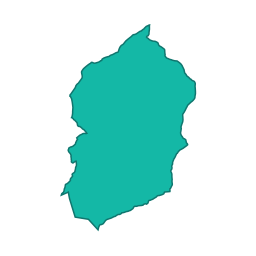 Chengmari, Samchi, Bhutan (orthographic projection), rotated 8°
{"feature_id": "84629894B7629980605125", "entity_name": "Chengmari", "entity_type": "district", "adm_level": 2, "iso_a3": "BTN", "parent_name": "Bhutan", "parent_adm1": "Samchi", "projection": "orthographic", "projection_center": [89.063, 26.994], "detail": "fine", "context": "isolated", "style": "filled", "palette": "teal", "viewbox_px": 256, "rotation_deg": 8, "n_neighbors": 0, "source": "geoboundaries", "source_scale": "gbopen_adm2", "svg_char_len": 5744}
<svg xmlns="http://www.w3.org/2000/svg" viewBox="0 0 256 256"><g transform="rotate(8 128 128)"><path d="M66.0,104.5L66.5,104.6L68.1,107.0L69.2,110.2L70.6,115.3L70.9,119.8L71.1,120.8L71.1,121.7L71.1,123.3L71.0,124.2L70.9,125.1L70.7,125.6L71.4,125.7L72.5,126.5L73.0,127.2L74.2,127.7L75.5,128.8L76.7,129.7L77.0,130.4L77.4,131.5L77.7,132.4L78.4,133.1L79.1,133.3L80.4,133.3L82.0,134.3L83.1,135.2L83.9,135.6L84.5,135.7L85.6,136.7L86.8,137.7L88.0,139.0L87.2,139.4L85.6,139.4L84.2,139.8L83.2,140.6L81.2,141.9L78.6,144.9L79.1,145.6L79.6,146.3L79.2,146.9L78.8,147.9L78.6,148.9L78.3,149.5L78.1,151.3L76.5,153.2L76.0,153.7L74.5,154.6L73.8,154.8L73.4,155.1L72.2,156.1L72.1,157.3L72.0,157.7L71.8,158.2L72.1,158.7L72.3,159.3L72.7,159.9L73.5,160.6L74.3,161.3L74.9,162.1L75.5,163.3L75.5,164.3L76.0,165.8L76.2,167.1L76.5,167.8L76.6,168.5L76.6,169.4L77.4,170.0L78.1,170.3L78.7,170.1L79.5,169.2L80.2,168.7L80.4,168.3L81.3,168.1L81.7,169.9L82.0,170.8L82.1,172.5L82.1,173.0L81.7,173.9L81.6,174.7L81.7,175.6L81.6,176.7L81.5,177.7L81.5,178.3L81.3,178.9L81.1,179.3L80.6,179.9L79.6,180.8L79.1,181.6L79.4,182.4L79.8,183.3L79.4,184.2L78.8,185.1L78.2,186.1L78.0,187.0L78.3,187.7L77.9,188.6L76.3,190.7L75.7,191.3L75.1,191.9L74.3,192.3L73.9,192.9L73.9,193.8L73.9,194.8L73.8,195.9L73.4,197.2L73.4,199.3L73.0,200.6L72.1,201.6L71.5,202.4L71.3,203.8L77.8,199.8L79.9,206.0L88.1,223.6L101.5,223.9L112.5,233.0L112.8,230.1L113.4,228.2L114.1,227.5L115.2,227.3L116.8,226.2L117.9,224.1L118.6,222.8L119.6,221.7L121.5,220.7L122.7,220.1L123.6,219.7L125.1,218.7L125.7,218.3L126.1,217.8L127.2,217.5L128.0,217.0L128.5,216.4L130.1,215.1L131.9,214.7L133.2,213.7L133.7,212.8L134.5,212.7L136.0,212.1L137.8,211.1L139.6,210.5L140.7,209.8L141.5,209.5L142.4,208.8L143.4,207.8L144.1,207.1L144.4,206.3L144.8,205.3L145.5,204.6L147.2,204.4L148.2,204.0L148.8,203.6L152.3,202.8L152.8,202.6L153.6,202.3L154.1,201.5L154.7,201.1L155.6,200.7L156.1,200.6L157.0,200.8L157.4,200.4L158.1,199.7L158.3,198.9L158.5,197.6L158.8,196.9L160.4,196.3L160.7,196.0L161.7,195.5L162.8,194.8L163.5,194.1L164.1,193.6L165.4,192.6L166.1,191.7L166.6,191.0L167.4,190.7L168.4,190.5L169.4,190.0L170.4,189.6L171.8,188.8L172.7,188.0L172.8,187.2L173.1,186.4L174.5,186.0L175.3,185.8L176.7,185.5L178.3,185.1L178.4,184.6L178.1,183.7L178.0,182.3L178.5,181.8L178.7,181.3L178.9,180.7L179.0,180.2L179.4,179.1L179.7,178.3L179.7,177.4L179.5,176.7L179.2,175.7L178.9,174.2L178.9,173.0L178.5,171.3L178.2,169.9L178.1,169.2L177.9,167.8L177.6,166.9L177.1,166.0L176.5,165.2L176.3,164.4L176.4,163.9L176.7,163.5L177.1,162.4L177.1,161.9L177.0,160.8L176.8,160.3L176.6,159.8L176.6,159.2L177.1,157.8L177.2,157.3L177.0,156.9L177.0,155.4L177.4,153.8L177.8,152.1L178.2,151.4L178.8,149.8L179.1,148.7L179.7,146.7L180.4,146.1L180.6,145.5L181.2,144.3L182.1,143.1L182.5,142.5L183.4,141.9L185.3,140.5L188.7,137.2L189.0,136.7L189.4,136.3L189.0,135.4L187.9,134.5L186.8,131.6L185.5,130.9L184.2,130.6L183.8,130.1L182.9,129.0L182.4,128.6L181.3,127.1L180.9,126.1L180.7,125.0L180.8,123.6L180.8,122.4L180.8,121.0L180.3,119.6L180.8,116.7L181.0,115.6L181.3,114.4L181.3,112.3L181.0,110.8L180.7,109.2L180.4,108.0L180.3,106.7L180.5,106.3L181.4,104.5L182.4,101.8L183.0,99.8L183.3,99.2L183.5,98.6L183.7,97.9L183.9,97.3L184.3,96.7L184.7,96.2L186.0,94.6L186.8,93.6L187.8,92.6L188.2,92.1L188.6,91.6L189.7,89.8L189.9,89.2L190.0,88.6L189.9,87.2L190.0,85.2L190.0,84.5L189.9,83.9L189.8,83.2L189.7,82.5L189.3,80.5L189.2,79.9L188.9,78.6L188.7,77.9L188.6,77.2L188.5,75.9L188.5,75.2L188.4,74.6L188.1,73.9L187.7,73.3L187.3,72.8L186.8,72.5L186.1,72.3L185.4,72.1L184.8,71.9L184.2,71.6L183.7,71.0L183.2,71.0L182.2,70.3L181.2,69.5L180.6,69.1L179.4,68.5L178.9,68.1L178.5,67.6L178.1,67.0L177.6,66.5L177.1,66.1L176.6,65.7L176.3,65.1L175.6,63.2L175.4,62.5L175.0,62.0L174.7,61.4L173.9,60.3L172.8,58.6L172.3,58.1L171.9,57.6L171.4,57.2L170.8,56.8L170.3,56.4L167.9,55.1L167.3,54.8L165.9,54.9L164.6,54.9L162.7,54.7L161.5,54.4L159.7,54.2L158.1,53.7L156.4,53.3L155.7,52.6L154.7,51.6L154.5,50.8L154.5,49.8L154.0,48.7L153.9,47.6L153.7,47.1L153.6,46.4L153.5,45.7L153.2,45.1L152.7,44.7L150.3,43.4L149.1,42.8L147.8,42.4L147.3,42.0L146.8,41.5L146.5,40.9L146.2,40.3L145.9,39.7L145.5,39.3L144.2,38.8L142.9,38.4L140.5,38.5L138.1,38.0L136.8,37.5L135.5,36.5L134.5,36.1L133.7,35.4L133.9,34.6L134.4,34.2L135.0,33.9L135.5,32.7L135.7,32.0L135.6,31.3L135.5,30.6L135.5,30.0L135.5,28.6L135.5,27.3L135.4,26.6L135.2,25.3L135.1,24.6L135.0,24.0L135.0,23.0L134.1,23.4L133.7,23.8L133.2,24.1L132.8,24.3L132.4,24.6L131.9,24.9L130.7,26.5L130.4,26.8L130.1,27.6L129.6,27.9L129.2,28.3L128.2,29.3L127.9,29.9L127.2,30.2L126.6,30.5L126.1,30.9L125.6,31.3L125.1,31.8L124.1,32.7L123.6,33.2L123.1,33.6L122.5,34.0L121.9,34.3L121.3,34.6L120.7,34.7L120.1,35.0L119.6,35.5L118.8,36.6L118.4,37.1L115.6,40.0L114.7,41.0L114.3,41.5L113.8,42.0L113.5,42.6L113.1,43.1L112.8,43.7L112.1,44.9L111.8,45.5L111.3,46.0L110.3,46.8L109.8,47.3L109.4,47.9L109.1,48.4L108.8,49.1L108.6,49.7L108.4,50.3L108.0,52.3L107.8,53.7L107.5,54.3L106.9,54.6L106.3,54.8L105.7,55.1L103.0,57.1L102.4,57.5L101.8,57.8L101.2,58.1L100.6,58.4L100.1,58.8L99.7,59.4L99.2,59.8L98.6,60.0L96.7,60.8L96.1,61.1L95.5,61.4L94.9,61.8L94.3,62.1L93.8,62.5L93.3,63.0L92.8,63.4L92.5,64.8L91.4,65.3L90.9,66.0L90.4,66.4L89.8,66.8L89.2,67.1L87.4,67.9L86.8,68.2L85.8,68.5L84.6,68.4L84.0,68.1L83.0,68.0L82.5,68.2L81.9,69.2L81.1,69.7L79.8,70.9L78.1,72.7L77.2,73.7L76.7,74.3L75.9,75.2L75.5,75.8L74.9,77.0L74.6,77.6L74.3,78.3L74.2,78.9L74.3,79.5L74.5,80.2L74.7,80.8L75.2,82.1L75.4,82.8L75.5,83.4L75.6,84.1L75.5,84.8L75.3,85.4L75.0,86.0L74.7,86.6L73.7,88.4L73.4,89.0L73.1,89.6L72.8,90.2L72.4,90.8L71.9,91.2L71.5,91.7L71.1,92.3L70.8,92.9L70.5,93.5L70.4,94.1L70.3,94.8L70.1,95.4L69.8,96.1L68.9,97.9L67.7,100.3L67.1,101.5L66.8,102.1L66.1,103.0L66.0,104.5Z" fill="#14b8a6" stroke="#0f766e" stroke-width="1.5"/></g></svg>